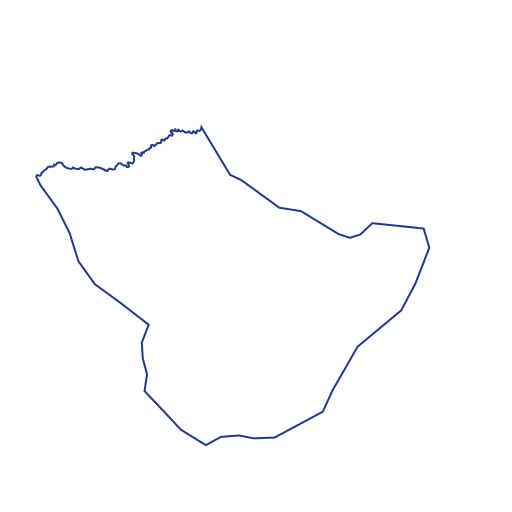 the district of Cenxermandal, Hentiy, Mongolia, rotated 64°
{"feature_id": "93677404B41440940318448", "entity_name": "Cenxermandal", "entity_type": "district", "adm_level": 2, "iso_a3": "MNG", "parent_name": "Mongolia", "parent_adm1": "Hentiy", "projection": "equal_earth", "projection_center": [108.512, 47.906], "detail": "fine", "context": "isolated", "style": "outline", "palette": "blue", "viewbox_px": 512, "rotation_deg": 64, "n_neighbors": 0, "source": "geoboundaries", "source_scale": "gbopen_adm2", "svg_char_len": 4834}
<svg xmlns="http://www.w3.org/2000/svg" viewBox="0 0 512 512"><g transform="rotate(64 256 256)"><path d="M108.1,357.8L107.5,358.6L106.6,360.3L106.1,360.8L106.0,361.2L106.1,361.9L106.4,362.2L106.6,362.7L106.8,363.2L106.8,363.6L106.9,363.9L106.8,364.4L106.4,364.8L105.4,365.9L104.9,366.8L104.6,368.1L104.4,369.4L104.1,369.7L103.8,370.6L103.9,371.1L103.2,372.1L102.2,372.9L100.6,373.8L99.9,374.3L99.8,374.8L99.9,375.8L100.2,377.0L100.1,377.6L99.6,378.3L98.8,379.2L98.2,380.3L97.2,381.0L96.8,381.2L96.4,381.5L96.2,381.8L96.3,382.0L96.6,382.1L96.9,383.0L96.6,384.1L95.4,385.9L93.6,387.7L92.0,388.7L90.1,389.4L87.8,389.6L87.2,389.9L86.3,390.8L86.0,391.3L85.8,391.9L85.8,392.3L85.5,392.9L85.3,393.2L85.2,393.6L85.3,394.1L85.5,394.6L85.8,395.0L86.3,395.9L86.3,396.5L86.0,396.9L85.5,397.3L86.5,397.7L86.7,398.2L86.7,398.7L86.5,399.4L86.1,400.3L85.7,401.2L85.7,401.6L85.0,402.9L84.7,403.8L84.8,404.1L85.0,404.5L85.3,404.8L85.6,405.3L85.7,405.9L86.0,406.8L86.2,407.8L86.2,408.7L86.5,409.4L86.9,410.2L87.2,411.1L87.2,412.2L87.5,412.6L87.9,412.9L88.6,413.3L89.0,413.9L89.2,414.4L89.1,414.9L88.9,415.5L87.9,416.5L87.5,417.1L87.5,417.6L87.6,417.9L88.2,418.5L88.4,418.7L97.9,418.7L126.5,413.7L153.9,413.5L182.8,417.9L210.7,413.2L238.5,398.5L270.7,382.6L283.8,396.6L298.3,402.6L314.8,405.9L328.5,415.4L351.0,408.3L379.4,399.6L404.0,384.0L403.2,366.8L409.8,350.1L419.0,337.8L427.3,318.9L425.2,264.2L410.3,246.1L396.5,225.7L382.0,204.4L368.5,149.2L350.3,124.4L324.5,96.6L304.8,93.3L277.5,137.1L282.4,152.8L280.8,163.7L272.6,172.1L235.4,195.9L222.8,213.9L181.4,235.9L171.7,243.7L116.3,248.6L117.4,249.4L118.0,249.8L118.5,250.5L118.8,251.4L118.8,252.0L118.7,252.2L118.2,252.7L117.6,253.4L117.5,253.9L117.6,254.3L117.8,254.6L118.2,254.9L118.6,255.0L119.0,255.2L119.4,255.6L119.4,256.1L119.2,256.4L118.7,256.7L118.0,256.9L117.3,257.1L116.7,257.3L116.5,257.6L116.4,258.0L116.5,258.3L117.0,258.7L117.4,259.1L117.6,259.5L117.5,260.0L117.2,260.5L116.4,261.0L115.5,261.3L115.1,261.4L114.7,261.7L114.6,261.8L114.6,262.1L114.8,262.6L114.9,263.1L114.7,263.5L114.6,264.0L114.4,264.3L114.3,264.6L114.2,265.0L114.1,265.4L113.5,265.7L112.8,266.0L111.8,266.5L111.3,266.8L111.1,266.9L111.1,267.3L111.1,267.9L111.2,268.7L111.0,269.2L110.6,269.6L110.0,270.1L109.3,270.1L108.8,270.3L108.5,270.4L108.4,270.5L108.6,270.8L108.9,270.9L109.3,271.1L109.5,271.4L109.5,272.0L109.1,272.6L108.7,273.1L108.4,273.2L107.8,273.1L107.4,272.9L107.1,272.9L106.8,272.9L106.7,273.0L107.4,273.8L107.6,274.5L107.6,274.9L107.2,275.5L106.7,275.9L106.1,276.3L105.8,276.8L105.9,277.3L106.1,277.7L106.4,277.9L107.0,278.0L107.9,278.1L108.2,277.9L108.3,277.7L108.5,277.5L109.6,277.3L110.2,277.4L110.5,277.7L110.8,278.4L111.0,279.0L110.4,279.5L109.9,279.8L109.7,280.2L109.6,280.7L109.7,281.2L109.9,281.6L110.1,282.0L110.5,282.5L110.7,283.1L111.3,283.8L111.4,284.3L111.3,284.8L111.0,285.3L110.7,285.7L110.7,286.0L110.9,286.2L111.3,286.6L111.8,287.1L112.1,287.6L112.1,287.8L111.4,288.2L111.0,288.5L110.9,288.6L111.0,288.9L110.8,289.0L110.2,289.5L109.9,289.8L110.0,290.1L110.3,290.4L111.0,290.7L111.7,291.2L112.2,291.5L112.4,291.7L112.6,292.0L112.6,292.5L112.2,293.2L111.8,294.3L111.4,295.1L111.4,295.8L111.7,296.4L112.1,296.9L112.3,297.3L112.3,297.9L112.4,298.6L112.6,299.1L112.6,299.4L112.5,299.5L112.4,299.5L111.8,299.6L111.4,299.7L111.0,300.0L110.7,300.4L110.5,301.1L110.6,301.6L110.7,301.8L111.0,302.1L111.5,302.3L112.4,302.6L112.6,303.0L112.6,303.6L112.4,304.2L112.7,304.5L113.3,305.5L113.1,306.2L113.0,306.9L112.9,308.1L113.2,308.5L113.1,309.4L113.1,310.2L113.4,311.2L113.7,311.4L114.1,311.5L114.1,311.8L114.0,312.1L113.7,312.4L113.2,312.6L112.9,313.2L113.0,313.7L113.1,314.0L113.7,314.1L114.6,314.2L115.1,314.4L115.4,314.8L115.5,315.2L115.4,315.5L114.7,316.0L114.4,316.3L114.0,316.5L113.3,316.7L112.7,317.0L112.0,317.6L111.4,318.3L110.7,319.0L109.9,320.1L109.5,321.1L109.2,321.3L109.1,321.6L109.2,322.0L109.6,322.2L110.3,322.5L110.8,322.3L111.8,321.9L112.3,321.8L112.9,321.9L113.6,322.2L114.7,323.0L115.4,323.3L116.1,323.4L117.1,323.8L117.7,324.7L118.4,325.6L118.6,326.2L118.6,326.5L118.1,327.3L117.7,327.6L117.3,328.0L116.8,328.6L116.3,329.3L115.8,329.8L115.8,330.1L115.9,330.4L116.2,330.5L116.8,330.6L117.8,330.5L118.8,330.5L119.6,330.7L120.0,331.6L119.7,332.8L119.5,333.0L119.1,333.1L118.5,333.0L118.1,333.0L117.5,333.4L117.1,334.1L116.9,334.4L116.7,335.3L115.7,336.0L113.9,336.8L113.1,337.3L112.8,337.9L112.6,338.8L112.6,339.2L112.8,339.8L113.4,340.8L113.8,341.5L113.9,342.6L114.1,343.0L114.4,343.3L115.4,344.1L115.9,344.8L116.0,345.3L115.9,346.1L115.3,347.1L115.1,347.3L114.6,347.7L114.3,348.0L113.7,348.6L113.4,349.2L113.3,349.6L113.4,350.3L113.8,351.2L114.3,352.1L114.3,352.5L114.2,352.8L113.8,353.1L113.4,353.2L113.1,353.4L113.0,353.9L112.8,354.3L112.5,354.5L112.0,354.5L111.5,354.7L111.0,355.2L110.4,355.8L109.7,356.3L108.1,357.8Z" fill="none" stroke="#1e3a8a" stroke-width="2"/></g></svg>